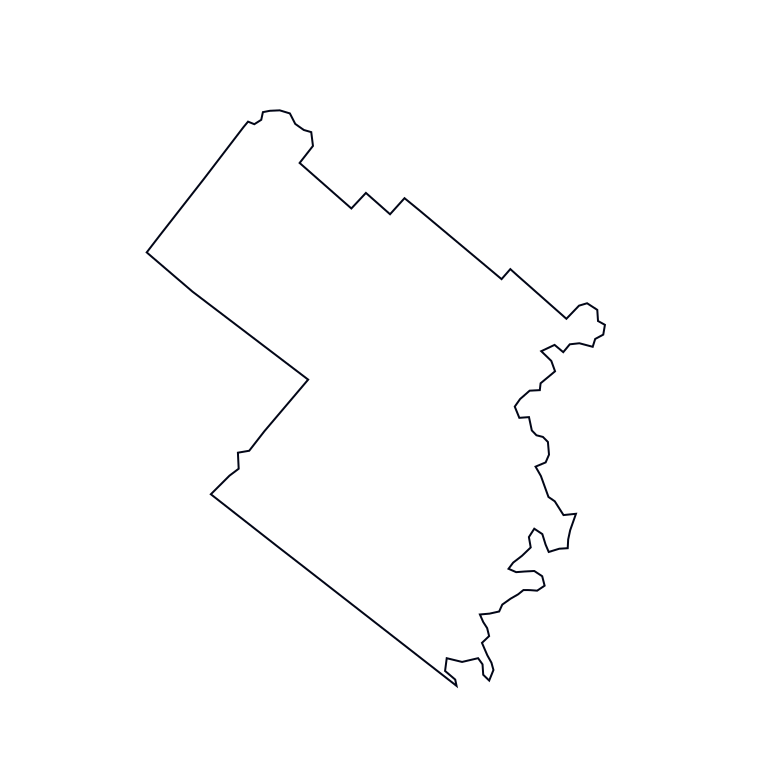 the district of Casca, Rio Grande do Sul, Brazil, rotated 42°
{"feature_id": "56859067B91025012286636", "entity_name": "Casca", "entity_type": "district", "adm_level": 2, "iso_a3": "BRA", "parent_name": "Brazil", "parent_adm1": "Rio Grande do Sul", "projection": "albers", "projection_center": [-51.925, -28.591], "detail": "fine", "context": "isolated", "style": "outline", "palette": "ink", "viewbox_px": 768, "rotation_deg": 42, "n_neighbors": 0, "source": "geoboundaries", "source_scale": "gbopen_adm2", "svg_char_len": 1533}
<svg xmlns="http://www.w3.org/2000/svg" viewBox="0 0 768 768"><g transform="rotate(42 384 384)"><path d="M630.4,383.1L624.9,376.3L620.2,368.1L613.5,352.0L605.1,361.3L589.4,356.9L581.8,357.9L562.2,347.4L551.9,344.0L556.6,334.1L553.9,326.1L544.6,317.4L537.5,317.0L531.6,320.1L524.9,319.6L513.9,311.6L507.2,318.6L496.3,313.3L495.2,304.1L496.7,291.5L503.9,284.3L499.9,278.7L502.6,260.1L492.9,254.9L478.9,254.4L484.6,240.8L495.9,240.4L495.5,230.2L501.9,223.0L514.2,216.7L510.8,209.2L513.9,200.6L508.6,192.2L500.9,194.0L492.9,186.2L480.9,188.1L476.5,195.3L475.9,213.5L410.6,214.1L401.0,214.1L401.2,227.4L293.3,231.3L274.9,232.2L274.9,253.8L242.7,254.1L242.3,275.4L173.4,276.2L171.9,254.6L161.4,245.5L154.4,248.9L144.0,250.1L133.0,245.9L123.4,250.4L116.4,257.3L112.1,263.0L116.0,269.8L113.8,277.7L107.4,280.0L107.7,287.2L112.9,351.8L117.9,423.0L119.6,445.0L179.9,443.5L324.7,431.5L326.7,499.1L328.5,523.8L321.4,532.8L332.7,544.2L330.5,555.5L329.1,581.8L412.1,576.1L448.9,573.4L639.9,559.8L634.7,556.0L621.4,556.4L614.1,545.8L628.0,538.3L637.4,524.8L644.8,526.4L652.3,533.7L660.6,534.0L656.7,523.3L650.3,519.2L642.4,516.5L636.7,513.9L630.0,510.8L630.8,501.0L624.0,496.4L617.0,494.5L609.5,491.1L616.1,484.0L621.8,476.0L619.5,468.8L621.7,458.9L624.4,450.6L625.5,443.8L630.4,439.5L636.1,435.1L638.3,426.4L630.2,421.0L620.8,422.4L614.2,429.0L608.1,435.4L600.2,438.0L599.5,430.3L601.5,419.4L602.4,407.3L594.1,400.8L592.5,391.0L602.1,389.6L611.5,395.2L618.8,398.6L624.5,389.1L630.4,383.1Z" fill="none" stroke="#020617" stroke-width="2"/></g></svg>